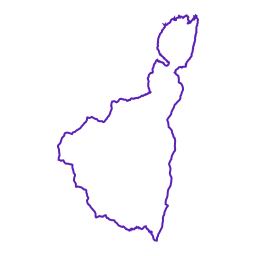 the district of San Antonio, Tolima, Colombia
{"feature_id": "7082276B18845441418980", "entity_name": "San Antonio", "entity_type": "district", "adm_level": 2, "iso_a3": "COL", "parent_name": "Colombia", "parent_adm1": "Tolima", "projection": "equal_earth", "projection_center": [-75.469, 3.975], "detail": "fine", "context": "isolated", "style": "outline", "palette": "violet", "viewbox_px": 256, "rotation_deg": 0, "n_neighbors": 0, "source": "geoboundaries", "source_scale": "gbopen_adm2", "svg_char_len": 5788}
<svg xmlns="http://www.w3.org/2000/svg" viewBox="0 0 256 256"><path d="M58.6,159.8L59.1,159.8L61.0,160.8L62.1,160.4L63.4,160.4L64.6,162.7L65.5,163.4L66.3,163.7L68.2,163.7L70.0,164.3L71.7,164.4L72.4,164.9L72.4,167.9L73.0,169.4L73.8,173.1L74.8,174.3L75.0,174.9L75.0,175.7L74.3,177.5L73.9,180.5L75.9,183.9L75.9,186.6L76.3,186.9L77.6,186.5L81.5,187.4L84.0,189.5L84.8,189.4L86.2,190.2L86.4,192.6L87.2,195.0L87.2,196.1L88.3,197.8L88.2,198.7L87.0,200.3L87.4,202.8L88.2,204.2L88.7,204.4L89.0,205.0L89.8,205.5L90.6,207.0L94.3,211.2L95.1,212.4L95.4,213.0L95.6,214.9L95.6,216.7L95.9,217.3L96.6,217.4L99.5,216.0L100.8,216.6L101.8,216.4L102.7,216.8L104.2,215.7L105.6,215.2L105.9,215.4L106.4,217.2L107.0,218.0L107.8,217.9L108.4,218.3L109.0,219.3L111.4,220.1L114.1,220.3L114.5,220.7L115.4,222.2L116.7,223.0L118.5,225.4L121.4,226.7L122.1,226.6L122.6,226.9L123.6,226.5L125.2,228.1L125.8,228.4L126.1,229.2L127.4,229.4L128.0,229.8L129.3,230.1L129.4,230.4L129.8,230.1L130.5,230.2L130.4,229.4L131.0,229.2L131.3,228.6L131.8,228.6L132.3,229.3L132.6,229.1L134.4,229.2L134.7,228.3L135.9,228.0L136.4,227.2L136.7,227.6L137.1,227.2L137.5,227.6L138.0,227.7L138.6,227.3L139.1,228.2L139.5,227.9L141.4,229.0L142.4,228.9L144.4,226.7L145.9,226.3L146.2,227.8L146.6,228.0L147.1,229.1L148.2,229.4L149.1,231.7L149.5,231.8L149.9,231.3L150.2,231.5L150.4,232.2L151.2,231.6L151.8,232.0L151.8,232.4L151.4,233.3L151.6,234.3L152.5,235.2L153.1,236.6L153.2,237.6L153.8,239.4L155.0,240.4L156.8,240.6L157.0,239.9L156.9,238.0L158.0,236.0L158.2,234.3L158.9,233.4L162.2,226.9L162.5,222.8L163.0,221.1L162.9,217.6L163.6,215.5L164.2,214.8L164.5,212.2L166.5,207.6L167.5,206.5L167.9,205.7L165.6,204.1L165.6,202.4L166.0,199.9L167.1,197.4L167.5,195.7L167.8,191.7L168.3,189.5L170.5,185.8L171.3,181.3L171.5,178.3L171.5,177.5L170.3,175.2L169.8,173.1L170.3,170.6L170.5,168.7L170.3,167.7L169.3,165.0L169.1,163.5L170.5,160.4L171.3,159.3L171.6,157.0L172.2,155.1L174.1,151.6L175.0,150.7L175.1,150.2L175.1,147.6L174.8,146.4L175.2,140.6L174.8,138.6L174.5,137.8L174.0,137.6L173.3,136.1L173.1,134.8L172.3,133.4L171.9,130.9L171.6,130.2L170.1,128.3L168.7,127.1L168.2,122.5L167.2,120.0L167.3,119.5L168.5,117.7L171.1,114.3L171.4,112.3L172.6,109.6L173.8,107.6L174.7,104.7L176.1,103.6L177.1,102.3L179.8,99.6L180.4,98.3L180.4,96.8L180.6,95.6L181.2,94.9L181.7,92.8L183.0,89.8L182.9,87.6L181.8,84.5L180.5,83.1L179.7,83.0L178.8,82.4L178.8,77.8L178.4,77.0L178.4,76.1L177.9,75.5L176.6,74.7L174.7,72.6L175.6,71.8L175.4,71.0L175.7,70.1L178.0,68.5L178.8,67.4L180.8,66.9L181.9,67.6L182.5,66.8L182.9,66.8L185.7,66.7L186.0,65.8L185.8,65.7L185.9,64.9L185.7,64.2L186.2,63.7L186.3,63.9L186.7,62.4L188.9,59.5L189.9,58.7L190.3,57.5L190.7,57.3L191.5,56.3L191.5,55.5L191.7,55.1L191.5,54.3L192.5,52.0L192.8,50.1L192.7,49.3L193.2,48.7L193.0,47.7L193.3,47.1L193.3,46.0L193.9,45.1L193.8,44.4L194.4,43.3L194.2,42.8L195.0,41.0L194.9,40.0L195.2,39.4L195.0,37.8L195.4,36.8L195.3,36.1L195.6,35.8L195.4,35.1L195.9,34.2L196.1,33.0L196.5,32.4L196.2,30.7L196.5,29.8L196.3,28.4L196.5,26.9L196.8,25.9L197.3,25.3L197.2,24.1L197.7,23.0L197.7,20.8L198.0,19.8L197.8,19.3L196.9,18.0L195.0,17.7L195.8,17.3L196.6,16.1L195.8,15.5L195.6,16.3L195.3,16.7L194.2,16.3L194.2,17.2L194.5,17.8L194.2,18.4L194.4,19.0L194.3,19.4L193.8,19.6L193.1,19.3L191.7,20.6L190.3,22.7L188.1,23.2L187.8,24.2L187.7,23.3L188.6,21.9L189.1,21.8L189.2,21.0L187.9,19.6L188.0,17.8L188.3,17.5L188.3,17.1L187.9,16.5L187.4,16.5L186.6,15.4L185.4,16.2L184.4,16.5L184.1,17.1L183.6,17.2L183.0,17.9L181.7,16.7L180.2,16.7L179.0,15.8L178.9,16.0L179.6,17.6L177.8,17.6L176.1,18.3L175.6,18.7L176.0,19.5L176.0,20.0L175.7,20.1L174.6,20.0L174.1,19.0L174.1,18.4L173.9,18.7L173.3,18.9L173.1,19.3L172.2,19.1L171.3,19.8L170.4,21.3L170.5,21.8L169.7,22.8L168.3,23.3L167.4,24.4L166.3,25.0L166.0,24.7L165.6,25.0L165.5,24.5L165.1,25.1L164.3,24.8L164.9,25.7L164.9,27.1L164.2,27.8L163.8,28.0L163.3,29.3L162.0,30.4L162.0,31.3L161.7,32.1L159.8,34.2L159.6,35.6L159.0,36.3L158.7,37.9L158.2,38.4L158.1,40.5L157.8,41.8L158.2,42.6L157.6,44.3L158.1,45.8L157.6,46.4L157.6,47.3L157.2,47.9L157.6,48.6L157.6,49.3L158.2,49.6L159.2,51.9L159.4,53.3L160.1,54.1L160.2,54.9L160.6,55.1L161.0,54.9L161.4,55.8L162.7,56.6L163.5,57.5L163.6,58.0L164.4,58.1L164.6,58.8L166.7,60.5L166.9,61.3L167.5,61.3L168.1,62.2L168.7,62.1L169.0,62.7L168.8,63.0L168.6,64.2L167.5,65.5L166.5,65.8L165.0,65.1L164.2,64.3L163.6,63.1L163.2,63.2L162.9,62.6L162.1,62.3L161.2,62.3L160.4,61.7L159.8,61.8L159.5,61.3L159.0,61.6L158.6,61.6L158.3,61.1L157.9,61.0L157.4,59.8L156.2,60.6L155.1,63.3L154.1,64.2L154.1,64.9L153.6,65.8L153.5,67.1L152.5,69.0L152.5,70.1L152.9,71.5L152.8,72.3L152.0,73.0L150.8,72.8L148.9,74.9L148.5,77.1L147.8,78.1L148.0,79.4L148.7,81.3L148.2,83.4L148.4,84.6L148.1,85.7L148.7,87.6L148.8,88.5L149.3,89.0L149.6,91.7L150.5,92.0L150.4,92.5L150.0,92.8L148.4,92.9L147.6,94.0L146.7,94.1L146.1,94.6L145.4,94.3L144.7,95.1L143.6,95.3L142.9,96.0L141.7,95.7L141.1,96.4L140.5,96.6L140.1,97.1L138.5,97.5L138.0,98.1L136.4,97.9L135.4,98.3L134.9,98.1L133.6,98.9L131.6,98.3L130.5,99.1L130.2,100.0L128.7,100.0L128.4,100.2L128.3,100.6L127.1,100.9L126.7,100.3L125.7,99.7L123.9,99.7L123.3,99.3L122.8,99.3L121.1,98.7L120.7,99.0L119.7,99.1L117.9,101.6L116.5,102.3L114.5,101.2L112.2,101.5L111.6,103.1L111.3,104.7L111.4,105.6L111.1,105.9L111.6,107.1L111.8,108.7L110.3,112.3L110.1,113.6L108.6,116.3L107.9,116.7L106.7,118.9L105.7,119.6L105.5,120.2L104.1,121.9L103.3,122.1L102.0,121.2L99.5,121.2L98.2,120.9L96.9,119.1L95.2,118.9L91.8,116.9L89.6,118.0L88.9,117.9L87.5,117.4L87.1,117.8L86.9,120.0L86.0,121.8L85.4,122.5L84.5,122.8L83.7,124.1L81.7,126.3L80.3,128.2L76.3,130.6L75.1,131.8L73.0,132.4L72.0,134.0L68.1,132.7L66.2,132.7L65.1,133.1L64.5,134.0L64.1,135.8L62.0,137.9L60.4,143.0L58.0,145.6L58.0,146.8L59.0,149.5L59.1,151.7L59.5,154.5L59.5,155.6L58.7,157.9L58.6,159.8Z" fill="none" stroke="#5b21b6" stroke-width="2"/></svg>